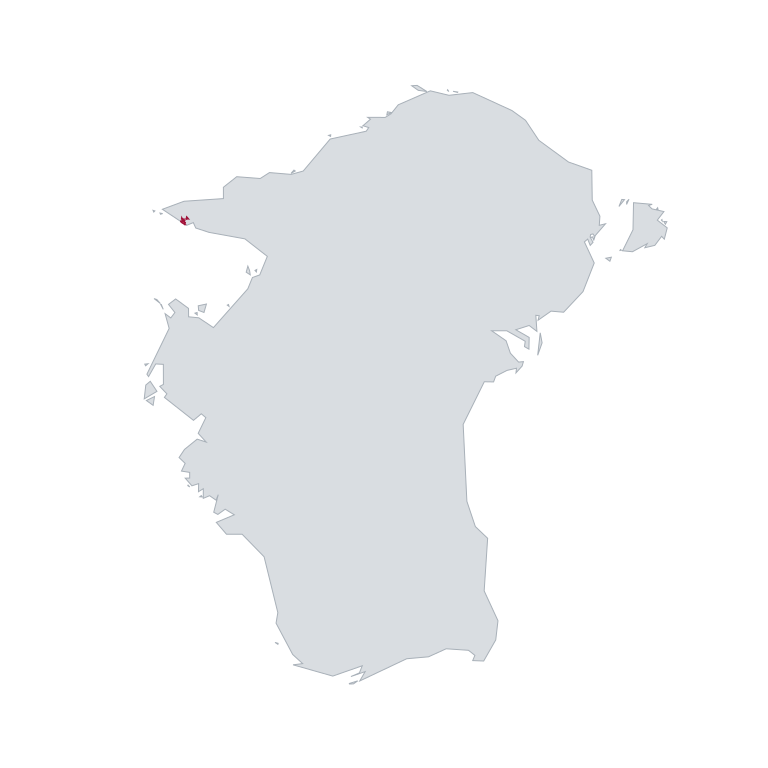 Mapoon, Queensland, Australia shown in context, rotated 279°
{"feature_id": "25037944B16136262303417", "entity_name": "Mapoon", "entity_type": "district", "adm_level": 2, "iso_a3": "AUS", "parent_name": "Australia", "parent_adm1": "Queensland", "projection": "albers", "projection_center": [141.958, -12.172], "detail": "fine", "context": "in_parent", "style": "filled", "palette": "rose", "viewbox_px": 768, "rotation_deg": 279, "n_neighbors": 0, "source": "geoboundaries", "source_scale": "gbopen_adm2", "svg_char_len": 5369}
<svg xmlns="http://www.w3.org/2000/svg" viewBox="0 0 768 768"><g transform="rotate(279 384 384)"><path d="M533.2,157.9L542.0,196.4L553.2,194.6L565.7,206.1L567.6,229.6L574.9,237.8L576.5,259.5L581.7,270.9L617.5,292.5L630.9,326.9L634.9,328.8L635.8,322.8L643.4,329.2L644.8,326.2L647.5,343.5L652.0,348.7L662.0,354.4L680.8,383.9L679.3,403.0L685.7,426.1L674.1,467.6L666.6,482.5L648.9,498.8L632.1,531.5L627.6,555.8L598.2,560.9L583.5,571.0L574.4,571.8L576.9,577.7L562.8,568.9L564.9,566.9L564.0,564.7L561.4,564.6L556.6,568.3L553.2,566.0L559.0,562.5L555.7,559.7L536.4,572.7L506.4,566.1L483.0,550.2L482.1,537.6L471.1,526.2L475.7,526.6L475.6,523.2L459.9,526.8L464.5,518.2L458.2,505.7L452.7,520.1L441.1,521.7L442.9,516.9L448.3,516.8L455.8,496.9L453.4,482.0L445.8,497.8L434.2,504.0L426.7,513.5L427.9,518.2L423.3,517.6L415.6,512.6L420.3,512.4L416.7,503.4L409.2,493.1L403.2,491.9L401.9,482.7L356.5,468.5L281.1,484.2L257.5,496.5L247.8,510.5L195.3,515.3L168.0,533.6L148.7,534.4L126.0,525.8L124.7,514.9L130.2,516.2L134.2,509.1L132.2,486.8L121.5,470.6L116.2,449.4L86.9,406.5L97.0,410.4L89.9,397.1L94.8,404.9L102.3,406.6L87.5,379.1L92.4,338.1L95.1,347.4L102.6,336.1L130.9,314.8L141.6,314.9L194.6,292.6L213.4,267.4L211.0,251.9L221.1,240.0L231.4,256.6L235.5,246.7L229.2,240.3L230.7,235.9L248.8,237.6L243.0,236.3L246.4,229.2L242.8,223.4L252.3,221.9L248.6,217.6L256.6,216.5L253.4,210.2L259.9,202.4L260.7,206.8L266.3,205.9L266.3,197.6L274.5,200.0L279.3,193.1L288.2,197.2L300.3,208.1L298.8,217.5L306.2,208.2L322.9,213.3L326.0,208.2L318.3,201.5L336.4,169.2L340.3,171.1L346.6,162.9L349.1,166.2L368.9,163.0L368.1,155.4L354.5,150.3L356.6,148.3L405.3,163.1L419.2,156.8L415.9,163.1L421.9,166.3L428.9,158.7L435.4,164.9L428.1,179.1L419.8,180.5L420.4,190.7L413.0,206.7L456.7,234.6L468.6,237.4L472.3,244.2L491.8,248.8L505.6,223.9L506.4,187.4L508.6,173.7L513.6,170.4L509.8,164.2L521.9,137.8L533.2,157.9ZM552.9,598.8L575.3,605.8L602.1,602.1L603.4,620.8L601.7,617.4L598.9,621.3L598.1,633.5L588.6,628.3L582.5,639.3L570.9,638.2L573.3,635.1L563.3,629.8L559.4,620.3L563.8,622.0L553.5,608.7L552.9,598.8ZM331.8,149.5L345.7,148.9L350.1,152.7L341.2,160.9L331.8,149.5ZM436.4,531.3L459.0,530.3L449.4,533.7L436.4,531.3ZM432.2,188.3L435.2,196.1L426.5,195.0L427.7,189.4L432.2,188.3ZM679.6,380.6L679.4,371.9L682.9,364.7L684.1,370.0L679.6,380.6ZM596.1,588.3L603.5,590.0L603.7,592.7L596.1,588.3ZM330.5,151.9L335.7,159.3L326.8,159.3L330.5,151.9ZM544.8,588.7L540.6,587.9L542.9,583.4L544.8,588.7ZM479.1,231.1L475.0,233.5L470.9,234.8L472.9,230.4L479.1,231.1ZM86.7,404.5L83.0,400.7L82.3,396.8L82.8,396.6L86.7,404.5ZM602.0,595.2L604.8,597.1L599.3,595.5L602.0,595.2ZM650.3,344.7L653.4,344.8L653.3,348.7L650.3,344.7ZM577.5,259.2L581.2,261.6L580.5,263.0L577.5,259.2ZM588.3,634.9L588.6,637.9L585.8,636.9L588.3,634.9ZM683.9,406.4L683.9,411.2L683.5,411.1L683.9,406.4ZM367.1,147.8L364.7,145.7L366.2,144.6L367.1,147.8ZM431.9,146.4L428.6,150.4L432.4,143.5L431.9,146.4ZM684.6,400.8L683.0,402.3L684.1,400.6L684.6,400.8ZM438.2,218.0L436.4,218.8L437.4,216.9L438.2,218.0ZM425.4,188.2L423.0,188.7L424.4,186.2L425.4,188.2ZM111.7,316.8L111.3,320.0L110.3,319.9L111.7,316.8ZM517.8,136.0L517.7,138.7L516.7,136.7L517.8,136.0ZM561.4,565.8L562.0,567.2L561.2,566.8L561.4,565.8ZM427.7,151.6L423.2,154.3L427.8,150.9L427.7,151.6ZM253.5,206.3L251.9,208.3L252.9,206.1L253.5,206.3ZM589.9,632.8L588.5,633.3L589.3,632.3L589.9,632.8ZM477.2,240.4L474.7,240.4L476.0,238.8L477.2,240.4ZM245.2,221.0L244.0,222.1L243.8,219.7L245.2,221.0ZM600.9,626.7L598.9,627.5L599.5,625.9L600.9,626.7ZM519.4,128.7L519.1,130.6L517.8,129.7L519.4,128.7ZM560.3,567.7L562.2,569.2L559.0,568.7L560.3,567.7ZM621.8,292.4L620.2,292.5L620.9,290.4L621.8,292.4ZM634.4,322.4L633.5,322.4L634.2,320.8L634.4,322.4ZM553.8,596.5L553.3,597.6L552.8,596.2L553.8,596.5Z" fill="#d9dde1" stroke="#a8b0b8" stroke-width="1"/><path d="M513.3,161.2L513.5,161.2L513.8,161.0L513.8,160.9L513.7,160.8L513.6,160.7L513.5,160.4L513.4,160.2L513.4,159.8L513.4,159.6L513.4,159.4L513.4,159.2L513.2,159.0L513.2,158.9L513.1,158.7L513.0,158.4L512.9,158.4L512.9,158.2L513.0,158.1L513.1,157.9L512.9,157.8L512.7,157.9L512.6,158.0L512.4,158.2L512.3,158.3L512.2,158.6L512.1,158.8L512.0,159.0L511.9,159.0L511.7,159.3L511.6,159.5L511.5,159.9L511.4,160.1L511.3,160.3L511.2,160.5L511.1,160.8L511.0,161.0L510.9,161.2L510.8,161.4L510.8,161.5L510.7,161.6L510.6,161.9L510.5,162.0L510.4,162.2L510.5,162.2L510.8,162.2L511.0,162.2L511.0,162.3L511.1,162.2L511.3,162.2L511.3,162.3L511.5,162.3L511.8,162.4L511.7,162.4L511.8,162.4L512.3,162.4L512.3,161.7L512.6,161.6L513.2,161.2L513.3,161.2L513.3,161.2ZM514.6,159.5L514.4,159.4L514.4,159.5L514.4,159.4L514.2,159.3L514.2,159.2L514.0,159.3L513.9,159.3L513.8,159.5L513.7,159.6L513.6,159.8L513.5,160.0L513.6,160.3L513.6,160.5L513.8,160.8L513.9,161.0L513.7,161.1L513.5,161.3L514.1,161.5L514.2,161.0L513.9,159.9L514.2,159.6L514.5,159.5L514.7,160.6L514.8,160.5L514.8,160.1L515.0,159.9L515.4,160.4L515.3,159.6L515.8,159.2L515.7,158.7L516.0,158.5L516.3,158.3L516.2,158.3L515.9,158.3L515.7,158.3L515.4,158.3L515.3,158.5L515.3,158.8L515.3,159.0L515.2,159.2L515.2,159.3L515.1,159.5L515.0,159.8L514.9,159.8L514.7,159.8L514.7,159.7L514.6,159.5ZM515.9,163.0L516.0,163.2L516.3,163.3L516.4,163.5L516.5,163.6L516.4,163.6L516.4,163.8L516.5,163.8L516.4,163.9L516.4,164.0L516.4,164.3L516.5,164.3L516.6,164.5L516.6,164.8L517.9,163.3L518.1,163.0L515.9,163.0Z" fill="#f43f5e" stroke="#9f1239" stroke-width="1.5"/></g></svg>